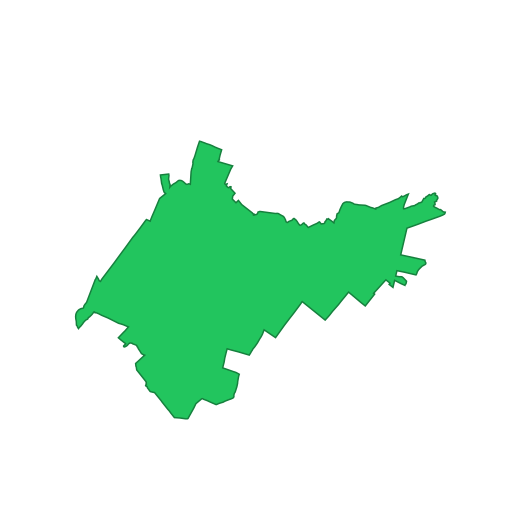 the district of Harmanesti, Iasi, Romania, rotated 249°
{"feature_id": "2599482B46405340562029", "entity_name": "Harmanesti", "entity_type": "district", "adm_level": 2, "iso_a3": "ROU", "parent_name": "Romania", "parent_adm1": "Iasi", "projection": "orthographic", "projection_center": [26.797, 47.275], "detail": "fine", "context": "isolated", "style": "filled", "palette": "green", "viewbox_px": 512, "rotation_deg": 249, "n_neighbors": 0, "source": "geoboundaries", "source_scale": "gbopen_adm2", "svg_char_len": 6101}
<svg xmlns="http://www.w3.org/2000/svg" viewBox="0 0 512 512"><g transform="rotate(249 256 256)"><path d="M267.8,68.5L267.1,67.8L266.2,67.0L264.1,65.9L262.1,65.3L259.4,64.8L255.8,63.6L254.7,64.0L253.8,63.9L252.4,64.1L251.8,64.3L252.4,65.0L253.3,67.2L255.1,70.3L255.6,70.8L256.8,73.2L257.2,74.1L257.4,76.2L258.6,77.5L258.8,78.7L259.9,81.3L260.7,82.8L261.8,84.5L261.9,84.8L261.7,85.2L260.6,85.4L260.5,86.1L260.2,86.6L258.3,88.6L255.9,90.7L251.2,95.6L242.4,103.6L240.7,105.9L239.3,107.6L235.5,111.5L232.9,106.6L232.2,104.9L229.0,98.2L225.8,99.9L220.8,102.9L220.4,102.3L219.8,100.7L219.4,100.1L218.8,100.0L218.3,100.5L218.2,100.7L218.2,101.3L218.4,103.0L219.0,104.5L219.4,105.0L219.8,106.2L219.9,107.1L219.8,107.6L218.8,109.2L218.5,109.2L218.1,109.5L217.2,110.6L215.3,112.6L213.9,112.5L213.4,112.9L211.7,112.9L208.7,113.6L205.9,114.1L204.1,115.6L203.3,116.5L198.8,105.1L196.9,104.6L196.2,104.4L195.5,104.5L192.4,103.8L177.7,108.4L177.2,108.3L176.8,107.8L176.5,107.8L176.0,107.9L175.6,107.8L175.3,107.5L175.3,107.2L175.0,106.8L174.6,106.5L174.2,106.6L173.8,106.8L173.3,107.5L171.9,107.4L167.5,108.6L167.1,109.0L165.5,111.3L165.2,111.8L165.0,112.3L154.9,115.6L153.2,116.0L144.6,118.7L142.5,119.5L139.8,120.2L134.4,121.9L132.0,127.0L129.2,132.0L128.7,133.4L128.6,133.9L128.7,134.3L136.3,143.4L139.7,147.0L142.0,153.7L142.2,154.4L142.0,154.9L141.8,155.2L141.4,155.3L138.3,158.8L137.3,159.7L133.6,163.4L133.2,163.9L132.2,164.8L131.6,165.5L131.5,165.8L131.6,168.5L131.5,170.6L131.3,172.9L131.4,173.5L131.6,175.3L131.6,180.2L131.5,180.9L131.6,183.1L131.7,183.6L131.9,184.3L132.7,185.0L133.9,185.4L135.1,186.2L135.6,186.6L136.3,187.6L136.7,188.0L140.7,191.2L143.6,193.1L145.3,193.9L149.8,196.6L151.6,198.0L154.1,195.9L163.5,184.8L168.5,188.3L171.8,190.2L177.1,193.9L179.7,195.8L177.4,198.8L172.8,205.2L165.9,214.2L167.7,216.6L168.3,217.2L169.5,218.9L170.3,219.8L171.5,222.0L173.5,225.0L174.5,226.4L177.7,230.3L178.2,231.1L179.7,232.9L180.8,234.1L184.2,237.1L172.8,245.0L181.3,257.9L186.1,265.7L188.9,270.4L194.9,279.9L196.9,282.8L171.4,297.6L173.4,301.6L174.3,303.3L177.0,307.8L181.0,315.5L183.0,318.8L189.1,329.5L174.6,337.5L170.2,340.1L177.9,353.1L179.0,352.4L187.2,368.7L182.6,371.4L181.8,370.1L177.6,372.6L183.6,376.7L178.1,381.6L175.2,384.5L175.7,384.8L176.0,385.6L177.0,386.6L177.7,387.0L178.1,387.1L178.5,387.5L183.0,385.6L184.4,384.7L185.4,382.2L187.2,379.2L191.8,382.3L187.8,388.6L181.0,398.6L181.9,399.7L183.2,400.7L184.2,401.8L185.0,403.0L185.8,404.7L187.0,407.5L187.5,411.0L187.9,411.7L188.5,412.0L188.8,412.1L190.2,411.9L191.6,412.2L205.2,391.5L227.9,406.9L227.7,413.7L227.6,419.0L227.6,427.3L227.4,432.9L227.2,441.8L227.3,445.0L227.6,447.0L227.9,447.5L229.1,448.4L230.0,446.8L230.5,446.4L232.8,445.2L233.4,444.6L233.4,444.2L233.5,443.9L233.7,443.7L235.7,442.1L237.4,440.5L238.5,439.7L238.9,439.6L239.5,440.1L239.7,440.4L239.7,441.5L240.2,441.8L242.4,442.0L242.4,443.7L242.6,444.4L243.3,444.5L244.5,446.3L244.9,446.5L245.5,446.7L246.9,446.7L247.6,446.3L247.9,445.6L248.1,445.3L248.6,445.0L248.9,445.0L249.6,446.0L250.1,446.0L250.4,445.8L250.7,445.3L250.7,444.4L250.8,443.8L250.7,442.9L249.9,441.3L250.0,440.9L250.4,440.5L251.1,440.2L251.2,439.6L250.4,437.3L250.4,436.1L249.4,434.9L249.3,433.9L249.6,433.3L247.0,430.2L246.8,429.1L247.1,428.5L246.9,427.9L247.2,426.9L246.6,425.1L246.7,424.6L246.5,423.1L246.2,422.2L246.9,418.6L246.7,417.9L246.8,411.9L247.2,410.7L248.1,411.0L249.4,411.7L251.0,412.9L259.2,420.4L259.2,418.2L259.0,417.2L258.8,415.6L258.8,414.1L259.8,413.4L259.2,412.0L258.5,409.4L258.6,406.4L258.1,400.1L258.1,391.4L257.5,387.7L257.8,385.1L256.9,384.6L259.2,382.0L260.3,380.4L263.9,376.6L264.5,375.5L266.6,370.9L266.9,370.2L267.6,369.2L269.1,366.4L270.6,365.3L272.7,363.0L274.1,359.8L274.3,358.1L274.1,356.9L273.7,355.8L271.3,353.1L269.3,351.1L266.7,348.9L266.3,346.8L265.2,346.1L264.4,345.5L263.4,345.2L262.3,344.4L261.1,341.9L260.5,341.6L259.0,340.6L261.1,339.4L264.9,336.9L264.5,336.3L265.2,335.5L263.7,333.7L263.5,333.1L263.2,332.6L262.4,332.2L262.0,331.5L261.9,330.9L262.1,330.4L262.5,328.5L262.7,328.2L263.4,328.1L264.1,327.8L264.7,327.7L265.2,327.3L264.6,324.7L264.4,320.5L263.9,315.0L267.3,313.8L268.5,312.8L269.0,312.8L269.7,312.6L269.7,311.8L269.3,310.8L268.9,309.8L268.8,308.5L268.8,308.2L269.3,307.8L271.1,307.2L273.7,306.7L275.9,306.0L276.0,305.7L277.4,305.0L277.5,304.6L277.4,304.2L277.2,303.7L276.5,302.4L276.5,299.1L276.3,298.3L276.0,297.7L276.1,297.1L277.3,296.3L279.2,296.5L281.8,296.2L283.1,295.8L285.2,294.0L286.5,292.9L287.4,292.3L288.0,291.5L288.8,289.2L296.2,275.6L296.3,273.6L295.6,273.2L294.7,271.9L294.6,271.4L294.9,269.6L294.8,269.0L295.0,268.5L295.8,269.2L296.8,268.0L297.4,268.1L309.1,261.1L314.2,259.5L312.9,256.4L317.6,254.3L320.2,255.7L322.1,258.9L328.1,256.5L329.5,257.5L329.7,257.4L329.9,256.9L330.0,256.3L329.9,256.0L329.6,255.3L329.7,254.6L331.5,253.6L332.0,253.4L333.7,254.8L333.8,253.0L335.0,252.8L336.0,253.7L346.2,263.6L348.5,266.5L357.8,254.3L358.8,255.5L358.7,256.0L358.9,256.3L359.4,256.2L362.9,258.5L367.5,262.0L370.4,258.8L371.3,257.9L372.3,256.8L374.5,254.8L376.6,252.6L378.7,249.9L379.6,249.0L381.4,246.9L382.5,245.7L383.4,244.4L378.6,240.4L371.7,235.1L369.0,232.8L368.5,232.1L367.9,231.6L366.1,230.6L365.4,230.5L364.5,230.1L361.0,227.8L360.8,227.4L357.9,225.6L346.5,220.4L346.8,220.1L347.5,219.1L347.5,218.0L347.7,217.0L348.4,216.3L351.3,214.8L352.5,214.0L353.2,213.3L353.6,212.7L354.1,211.5L354.2,210.9L354.1,210.2L353.2,207.6L352.8,204.9L352.6,204.1L351.6,201.0L351.1,200.2L353.5,201.4L355.1,201.3L356.3,201.6L359.0,201.9L362.4,203.6L363.8,203.9L365.9,195.8L364.0,195.3L362.1,195.0L357.5,193.9L355.5,193.8L351.1,193.2L348.6,193.1L348.0,193.3L346.6,194.0L344.3,186.8L344.0,186.4L335.0,177.8L329.9,172.8L327.4,170.5L326.4,169.7L329.3,166.8L329.1,166.4L328.5,165.3L324.1,158.5L319.5,151.1L318.4,149.2L317.6,147.7L309.9,135.9L308.4,133.5L306.1,129.9L303.4,125.7L300.8,121.7L289.6,103.7L288.0,101.7L289.2,100.7L290.8,100.7L294.0,100.1L291.9,98.1L291.6,97.5L273.4,81.2L272.3,79.2L271.3,77.8L270.8,77.3L269.5,76.5L269.3,76.1L269.3,75.5L269.6,73.9L269.4,71.8L269.1,70.8L267.8,68.5Z" fill="#22c55e" stroke="#15803d" stroke-width="1.5"/></g></svg>